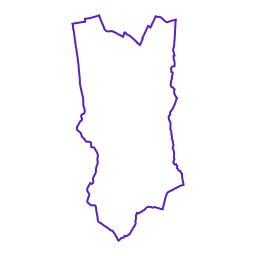 the district of Thung Khru, Bangkok Metropolis, Thailand
{"feature_id": "78962969B48707733075976", "entity_name": "Thung Khru", "entity_type": "district", "adm_level": 2, "iso_a3": "THA", "parent_name": "Thailand", "parent_adm1": "Bangkok Metropolis", "projection": "equal_earth", "projection_center": [100.498, 13.625], "detail": "fine", "context": "isolated", "style": "outline", "palette": "violet", "viewbox_px": 256, "rotation_deg": 0, "n_neighbors": 0, "source": "geoboundaries", "source_scale": "gbopen_adm2", "svg_char_len": 5659}
<svg xmlns="http://www.w3.org/2000/svg" viewBox="0 0 256 256"><path d="M87.4,191.4L87.7,191.7L88.9,193.4L89.2,194.1L89.3,194.8L89.2,195.5L88.5,197.1L87.5,200.4L87.3,201.3L87.4,201.7L87.4,202.1L87.6,202.4L88.0,202.8L89.3,203.8L90.5,204.9L91.0,205.2L91.6,205.4L92.4,205.4L94.2,205.3L94.6,205.3L95.1,205.5L95.5,205.9L95.7,206.4L95.9,207.1L96.1,208.2L96.3,211.0L97.6,217.3L97.7,219.9L97.9,220.6L98.3,221.5L98.6,221.9L99.0,222.2L101.6,223.6L102.7,224.6L103.3,225.1L104.0,225.5L108.7,228.6L111.0,230.5L111.9,230.6L112.2,230.7L112.6,231.0L113.0,231.4L113.7,232.5L114.9,234.0L115.9,236.2L116.8,237.3L117.0,237.7L117.7,239.5L118.5,240.6L119.3,240.1L120.1,239.4L120.7,238.4L120.8,238.3L123.1,237.7L123.8,237.4L124.1,237.0L124.4,236.1L124.6,235.8L124.8,235.8L125.7,236.2L126.1,236.2L126.8,235.9L128.8,234.8L129.3,234.3L130.5,232.6L131.3,231.3L133.0,228.1L134.2,226.6L134.5,226.1L135.2,224.7L135.6,223.7L135.7,223.0L135.5,222.0L135.4,221.4L135.6,220.3L136.0,218.6L135.9,216.7L136.0,215.8L136.1,215.1L136.6,213.9L136.9,212.9L138.0,213.4L138.4,213.5L138.6,213.5L138.9,213.2L139.3,212.8L139.4,212.6L140.7,212.2L141.4,211.9L142.7,210.7L143.0,210.5L143.7,210.4L144.0,210.2L146.7,207.4L147.3,207.1L148.2,206.8L149.6,207.0L149.8,207.0L150.3,206.8L150.6,206.8L151.2,207.1L152.0,207.5L152.5,207.6L153.3,207.6L154.3,207.1L154.6,207.0L161.5,209.1L162.7,209.3L162.8,208.8L162.8,208.4L164.9,200.1L165.7,196.8L166.1,195.6L167.4,192.8L167.6,192.5L167.7,192.4L170.5,190.9L172.3,190.1L174.5,188.7L176.9,187.6L180.1,185.9L181.2,185.5L183.5,185.0L183.4,183.8L182.3,178.4L182.1,176.3L182.0,174.0L182.0,173.7L181.8,173.5L181.4,173.2L181.2,173.1L180.3,171.0L180.2,171.0L179.7,170.9L179.3,170.8L178.7,170.5L178.5,170.2L178.1,169.4L177.8,168.9L177.5,168.6L176.8,168.0L176.7,167.8L177.4,166.5L177.4,166.3L176.1,164.3L175.6,164.5L175.2,164.7L174.8,164.5L174.4,164.1L174.1,163.5L173.6,163.2L173.4,162.8L173.3,162.5L173.4,162.0L174.1,160.2L174.3,159.6L174.4,159.2L174.3,158.6L174.0,157.5L173.9,156.9L174.1,154.5L174.1,153.3L174.1,152.6L173.7,151.2L173.6,150.0L172.9,148.6L172.7,148.2L172.7,147.9L172.7,147.5L172.8,147.2L173.4,146.0L173.5,145.3L173.1,143.7L172.9,142.2L172.7,141.1L172.5,140.3L171.7,138.1L171.7,137.9L172.0,136.8L172.0,136.2L171.9,135.8L171.5,134.6L171.4,132.9L171.2,131.3L171.0,130.7L170.4,129.4L170.2,128.7L170.4,127.7L170.5,125.3L170.4,122.6L170.3,122.2L170.2,121.9L169.3,120.3L169.0,119.8L168.9,119.2L168.7,117.0L168.7,116.3L169.0,115.7L169.3,115.4L170.0,115.0L170.1,114.8L170.2,114.6L170.1,112.2L170.7,111.4L172.2,109.4L172.8,108.5L173.2,107.8L175.0,103.7L176.2,100.0L177.0,97.9L176.9,97.7L176.3,97.2L175.9,96.8L175.0,95.0L174.4,93.6L174.2,92.4L174.1,91.0L174.2,90.4L174.6,89.4L173.8,88.7L173.0,87.7L172.5,87.3L171.4,86.7L171.1,86.4L171.0,86.1L170.8,85.2L170.6,84.7L170.9,83.2L170.9,81.9L171.1,81.0L171.6,79.6L172.0,78.4L172.0,78.2L171.8,77.7L171.8,77.0L172.1,76.4L172.2,75.9L172.7,73.1L172.4,72.2L171.4,72.0L171.3,71.8L171.2,70.1L171.0,69.1L171.1,68.2L171.3,67.9L171.8,67.1L172.1,66.7L173.4,66.3L174.6,66.2L174.6,63.4L174.5,61.7L174.0,60.1L173.6,58.0L173.5,57.1L173.6,55.9L174.5,55.6L174.4,55.4L174.0,54.6L174.1,53.7L173.0,49.7L173.2,48.9L173.8,47.2L174.1,45.4L174.8,36.3L175.1,29.9L175.2,29.3L175.3,25.8L175.5,22.8L175.5,22.1L175.7,20.7L175.8,19.7L175.0,19.8L173.8,20.2L171.2,20.8L170.8,21.0L167.5,22.2L167.1,22.2L166.6,22.2L166.1,21.9L164.7,20.8L160.6,17.2L159.3,16.8L158.9,16.8L158.4,16.8L157.7,17.0L155.6,16.3L153.7,20.8L153.1,21.9L152.9,22.1L152.4,23.1L151.6,25.0L151.6,25.3L151.4,25.7L150.4,27.5L148.2,25.8L148.0,26.0L147.3,27.7L143.7,35.4L142.3,38.3L142.7,38.7L141.6,41.4L139.9,45.0L136.7,42.4L136.7,42.0L136.4,41.7L130.1,36.0L129.8,35.8L129.5,35.7L129.0,35.3L128.5,35.3L127.7,34.7L127.1,34.4L126.9,34.2L126.4,34.0L126.2,33.7L126.1,33.3L125.9,33.0L124.7,32.4L124.1,33.2L124.1,33.7L123.2,36.1L123.2,36.3L123.0,36.8L120.6,35.4L118.9,34.6L115.4,32.6L113.6,31.8L113.2,31.6L112.0,31.1L111.6,31.1L110.3,31.1L108.5,31.5L106.5,31.1L105.9,30.7L105.3,30.2L104.6,29.3L104.4,28.9L103.1,25.3L101.5,21.9L100.1,18.4L99.7,17.1L99.2,15.4L97.7,15.9L90.0,18.1L85.0,18.8L85.2,21.8L82.7,22.0L79.3,22.6L75.3,23.2L72.5,23.8L72.7,24.6L73.1,26.8L73.2,29.0L73.3,29.5L73.6,30.3L74.2,34.0L74.3,35.6L74.6,36.8L74.6,37.4L75.1,41.1L75.4,43.0L75.4,43.3L75.5,43.4L75.7,45.2L75.7,45.6L75.8,46.7L76.1,48.1L76.3,48.7L76.4,49.5L76.5,50.1L76.6,51.1L77.4,56.2L77.8,59.4L78.5,65.0L78.8,68.9L78.9,70.3L79.0,71.3L79.7,77.6L79.9,81.4L79.9,83.1L80.0,84.0L80.8,88.1L82.3,94.8L82.7,96.5L82.9,96.8L83.1,98.2L83.3,101.6L83.4,105.5L83.5,106.1L84.3,108.3L84.5,109.0L84.7,110.6L84.7,111.2L84.5,112.6L84.4,113.1L84.1,113.4L83.9,113.6L82.5,114.2L81.9,114.7L81.4,115.2L81.2,115.6L81.2,116.0L81.2,116.7L81.3,117.3L82.0,118.5L82.1,119.4L81.9,120.0L81.7,120.2L80.4,121.2L80.0,121.7L78.9,123.9L78.4,124.6L77.8,125.5L77.0,127.0L76.9,128.0L77.0,129.6L77.3,130.1L78.4,131.0L79.2,131.6L80.0,132.3L80.8,133.2L81.1,133.9L81.4,134.7L81.6,135.9L81.7,136.3L82.5,137.2L83.5,138.0L84.3,139.0L84.7,139.6L85.5,140.8L85.8,141.2L86.2,141.5L86.8,141.7L87.7,141.7L88.1,141.8L89.4,141.8L90.1,141.9L90.6,142.2L90.8,142.5L91.0,143.1L91.2,146.8L91.3,147.0L91.5,147.1L92.5,147.3L93.9,147.4L94.3,147.8L94.8,148.6L95.8,150.4L96.9,152.3L97.6,154.1L97.9,155.2L97.9,156.0L97.8,157.2L97.7,157.8L97.4,158.1L97.4,159.1L97.4,159.5L97.6,160.8L97.7,162.0L97.7,162.7L97.6,163.6L97.4,164.3L96.8,165.6L96.4,167.0L96.0,168.7L95.9,169.8L95.9,171.4L95.7,172.6L95.3,173.9L94.6,174.9L94.2,175.7L93.2,177.8L93.0,178.4L93.0,178.9L93.1,180.1L93.3,181.3L93.3,181.8L93.2,182.3L93.0,182.9L92.8,183.2L91.8,183.9L90.2,183.2L90.2,183.3L89.9,183.9L87.8,187.5L87.4,188.3L87.2,189.3L87.2,189.9L87.3,190.4L87.5,190.9L87.4,191.4Z" fill="none" stroke="#5b21b6" stroke-width="2"/></svg>